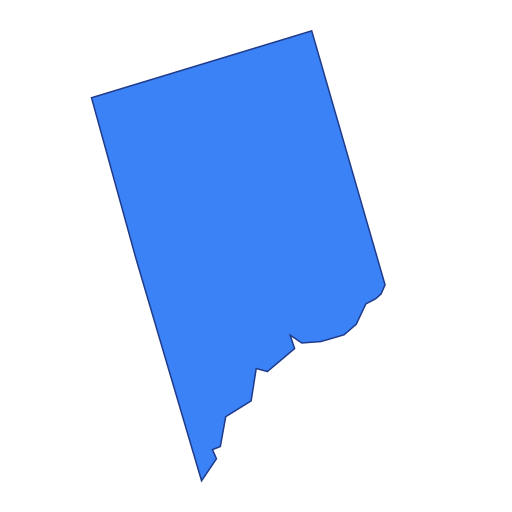 Benton, Minnesota, United States of America, rotated 254°
{"feature_id": "52423323B9993996344570", "entity_name": "Benton", "entity_type": "district", "adm_level": 2, "iso_a3": "USA", "parent_name": "United States of America", "parent_adm1": "Minnesota", "projection": "equal_earth", "projection_center": [-94.148, 45.692], "detail": "fine", "context": "isolated", "style": "filled", "palette": "blue", "viewbox_px": 512, "rotation_deg": 254, "n_neighbors": 0, "source": "geoboundaries", "source_scale": "gbopen_adm2", "svg_char_len": 443}
<svg xmlns="http://www.w3.org/2000/svg" viewBox="0 0 512 512"><g transform="rotate(254 256 256)"><path d="M453.5,141.5L286.8,139.9L54.9,141.7L72.0,162.1L81.9,160.8L82.7,169.2L109.9,182.6L118.1,211.4L147.8,225.2L141.8,235.1L156.4,267.6L170.5,267.0L159.8,276.0L155.9,294.6L156.0,319.0L162.8,333.6L179.7,348.4L181.9,359.2L185.0,365.7L192.7,372.1L289.3,371.9L457.1,371.6L453.5,141.5Z" fill="#3b82f6" stroke="#1e3a8a" stroke-width="1.5"/></g></svg>